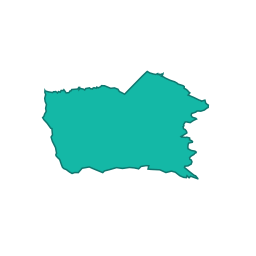 the district of Kongba, Gbapolu, Liberia, rotated 45°
{"feature_id": "62588387B18809430914172", "entity_name": "Kongba", "entity_type": "district", "adm_level": 2, "iso_a3": "LBR", "parent_name": "Liberia", "parent_adm1": "Gbapolu", "projection": "mercator", "projection_center": [-10.454, 7.678], "detail": "fine", "context": "isolated", "style": "filled", "palette": "teal", "viewbox_px": 256, "rotation_deg": 45, "n_neighbors": 0, "source": "geoboundaries", "source_scale": "gbopen_adm2", "svg_char_len": 3250}
<svg xmlns="http://www.w3.org/2000/svg" viewBox="0 0 256 256"><g transform="rotate(45 128 128)"><path d="M213.2,114.6L213.0,114.3L212.8,114.3L210.2,114.1L209.7,114.0L208.0,114.7L201.4,115.5L195.9,116.0L195.7,115.6L195.3,115.1L195.2,114.8L197.2,112.4L197.8,110.1L198.2,109.0L197.2,106.7L195.3,105.9L194.4,106.3L193.8,106.4L192.5,105.4L192.5,103.2L193.3,100.1L193.1,98.4L193.6,97.6L193.5,97.3L193.3,96.8L191.7,97.0L188.7,99.1L187.4,99.6L187.2,99.6L185.1,100.2L183.8,99.1L183.7,99.1L182.2,97.2L181.9,96.7L181.6,95.7L182.4,94.4L183.6,92.6L183.1,91.9L182.0,92.0L179.8,92.8L179.4,92.1L178.6,91.5L176.8,92.5L176.1,92.9L175.7,93.4L175.5,93.9L173.0,95.8L172.5,96.5L172.4,96.5L171.5,96.6L171.7,96.0L173.1,90.0L173.1,89.8L172.5,89.5L171.7,89.0L169.6,88.7L167.8,89.3L167.5,89.1L166.6,88.5L166.0,88.2L166.0,87.7L166.0,86.9L165.2,86.4L164.8,86.2L164.2,83.2L164.7,82.7L165.5,81.9L166.4,81.5L166.5,81.4L168.2,80.2L168.7,77.4L169.1,75.9L170.1,73.2L169.1,73.2L165.9,74.9L163.8,74.5L163.0,73.2L162.7,72.7L163.6,71.1L164.7,68.8L164.7,67.7L165.3,66.6L167.6,64.6L169.3,61.3L169.7,58.3L170.2,56.8L170.0,56.6L168.6,55.0L167.0,55.4L166.2,55.4L165.2,55.4L162.9,54.0L162.7,53.9L162.2,54.7L161.0,57.2L160.5,57.0L159.9,57.3L159.4,57.5L158.4,58.0L152.6,60.0L151.7,60.4L148.1,61.8L147.2,62.2L147.1,61.2L147.0,60.2L146.9,59.4L144.9,59.6L143.5,59.3L143.3,59.4L141.8,59.6L141.5,59.6L139.9,60.2L139.7,60.3L138.7,59.2L138.4,58.9L137.2,59.1L136.9,59.2L136.1,59.6L134.9,60.2L132.8,61.3L132.5,61.5L131.0,61.6L128.1,62.4L127.4,62.8L124.0,64.5L122.4,65.1L119.1,66.3L117.0,66.8L115.0,67.7L115.0,67.2L115.0,66.0L114.3,64.9L114.1,65.9L114.0,66.4L113.4,66.4L113.1,67.9L112.3,67.7L111.5,68.9L111.2,68.7L110.6,68.4L110.2,69.4L109.8,70.5L107.7,71.9L104.4,73.7L101.6,74.4L101.5,76.3L101.4,81.2L101.6,100.2L101.7,106.5L99.1,107.3L96.2,108.3L94.2,107.9L93.5,107.7L90.1,109.2L87.7,112.2L85.2,113.2L81.6,114.7L79.3,116.8L79.5,118.0L78.5,120.8L77.0,121.1L77.4,122.4L75.4,123.6L75.0,124.9L75.3,125.5L73.6,126.8L72.4,126.8L70.2,130.0L70.5,131.7L68.9,132.1L66.2,133.8L66.2,135.1L65.1,133.5L64.5,134.0L64.9,136.0L61.0,140.6L61.4,142.0L60.8,142.8L61.2,144.5L60.9,145.2L59.5,146.9L55.6,146.3L55.8,147.2L54.2,148.7L54.7,150.7L53.1,151.4L53.3,153.1L51.1,153.3L50.1,154.7L49.7,155.0L49.6,156.3L46.2,158.7L43.2,160.4L42.9,160.3L43.9,161.5L46.2,162.6L48.1,165.9L50.7,167.8L53.8,169.1L55.8,172.3L58.4,174.1L59.2,177.1L60.3,179.3L60.3,181.0L62.7,181.6L67.5,181.8L73.6,182.8L74.6,182.2L74.8,182.4L79.5,186.3L80.0,188.8L84.0,190.9L90.6,193.1L95.4,196.4L95.4,196.8L95.9,197.9L96.0,198.1L97.2,198.6L98.1,198.6L99.3,198.7L101.4,198.6L102.2,198.8L102.3,198.8L102.9,199.0L105.0,200.1L107.3,201.2L109.2,202.0L109.5,202.1L111.2,202.1L113.0,201.4L113.8,201.0L114.8,200.9L115.6,200.8L117.6,200.5L119.1,200.1L120.2,199.8L120.6,199.7L121.8,197.2L124.4,194.7L124.0,188.9L128.2,182.9L129.8,182.3L132.1,181.4L141.2,177.6L141.7,177.4L141.7,176.1L141.7,175.0L144.6,170.1L147.9,164.1L152.7,160.5L156.9,154.9L160.6,151.8L163.8,149.7L164.4,149.4L164.4,146.0L167.4,141.8L168.7,140.7L169.4,140.0L171.2,142.9L173.4,141.1L180.1,135.0L186.3,132.7L187.1,131.3L187.5,130.7L189.2,127.8L192.7,125.8L198.4,125.1L202.2,123.6L204.4,121.8L203.5,120.0L206.4,120.0L206.4,117.8L213.2,114.6Z" fill="#14b8a6" stroke="#0f766e" stroke-width="1.5"/></g></svg>